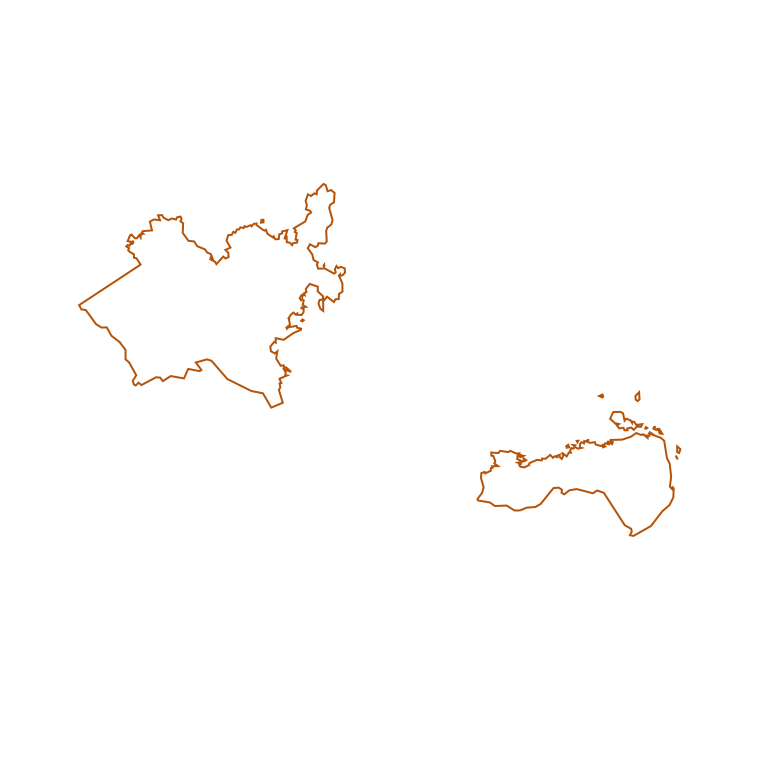 the district of Zamboanga del Sur, Zamboanga del Sur, Philippines, rotated 237°
{"feature_id": "2640588B82692599034098", "entity_name": "Zamboanga del Sur", "entity_type": "district", "adm_level": 2, "iso_a3": "PHL", "parent_name": "Philippines", "parent_adm1": "Zamboanga del Sur", "projection": "orthographic", "projection_center": [122.897, 7.565], "detail": "fine", "context": "isolated", "style": "outline", "palette": "amber", "viewbox_px": 768, "rotation_deg": 237, "n_neighbors": 0, "source": "geoboundaries", "source_scale": "gbopen_adm2", "svg_char_len": 6172}
<svg xmlns="http://www.w3.org/2000/svg" viewBox="0 0 768 768"><g transform="rotate(237 384 384)"><path d="M643.6,264.9L643.0,263.5L641.0,264.0L642.0,261.8L639.4,259.6L642.2,259.8L640.8,256.1L642.0,254.4L647.7,253.5L646.3,253.2L646.9,251.8L643.4,246.8L640.0,250.4L641.0,251.6L638.9,250.6L638.7,249.0L640.4,248.9L638.6,246.1L640.2,244.5L639.7,242.8L636.8,244.2L635.5,242.3L633.6,242.6L629.0,244.9L626.1,243.1L624.3,244.9L616.7,244.9L616.2,171.2L611.3,170.9L608.5,174.2L591.0,175.1L585.2,177.8L582.5,182.3L572.8,181.7L563.2,185.1L553.4,185.8L545.4,180.7L540.9,182.0L526.3,181.0L523.4,174.9L519.6,174.0L518.0,175.0L518.8,178.9L515.2,180.0L513.8,196.5L511.3,199.7L506.9,200.1L506.8,209.5L497.6,219.3L503.3,228.0L495.2,236.4L495.2,238.5L504.5,237.9L501.1,248.9L497.4,252.0L473.5,255.3L450.3,269.0L442.1,277.4L425.6,276.6L423.4,288.9L436.3,292.6L437.6,295.2L441.3,296.7L440.7,298.4L445.3,299.2L444.0,307.2L445.1,305.9L447.1,307.8L450.8,308.1L444.7,312.7L451.3,310.9L451.9,309.1L454.3,310.0L455.6,307.3L464.0,307.4L469.5,312.3L469.0,309.2L473.0,307.0L477.3,309.0L479.1,314.8L477.6,315.7L481.4,318.1L475.7,323.9L476.1,335.7L474.7,343.9L475.5,344.7L478.5,341.8L480.3,342.4L483.7,334.6L483.2,332.7L484.5,332.9L484.9,337.4L490.5,339.7L490.0,340.7L491.1,339.8L492.9,343.8L493.2,347.0L490.5,347.6L490.4,349.5L489.5,348.7L486.8,352.4L487.8,355.4L490.4,357.4L492.6,356.0L493.0,356.3L491.2,360.5L494.6,358.9L497.8,362.2L499.7,361.6L499.4,360.1L501.8,360.0L503.3,362.9L501.6,363.0L503.2,364.9L501.6,365.9L503.7,366.7L503.3,369.0L506.3,370.2L508.4,376.2L501.7,381.5L497.8,378.9L490.5,380.7L488.3,378.2L489.6,375.7L487.0,372.8L481.8,371.6L478.4,372.8L488.7,379.5L486.9,379.5L488.2,383.8L480.0,386.6L481.5,389.5L479.9,392.3L484.1,395.4L484.1,399.5L491.1,403.9L499.5,405.2L499.9,406.8L498.6,406.0L497.8,408.4L498.6,411.9L502.5,414.0L505.8,411.5L506.1,408.7L508.8,408.4L506.9,405.2L504.0,404.4L503.7,402.3L513.2,397.2L516.6,391.6L520.7,392.7L522.0,394.8L526.3,392.5L531.9,394.4L539.4,394.0L541.5,398.0L536.1,401.0L536.1,404.0L537.8,405.6L533.9,411.0L534.7,413.6L543.9,418.9L546.0,421.5L546.5,426.8L549.4,430.1L561.5,433.9L563.7,436.6L563.6,441.0L571.1,446.6L575.4,445.3L576.4,441.7L582.4,443.4L584.7,442.3L582.8,433.2L579.8,430.9L581.8,429.5L581.4,425.3L584.5,423.4L580.2,418.0L576.1,416.8L572.9,413.6L569.6,416.3L567.5,416.3L567.4,412.0L563.2,406.5L563.7,393.2L560.9,393.7L560.1,392.0L558.2,393.0L553.2,388.5L551.8,389.9L550.0,388.1L551.6,384.3L550.5,382.5L553.8,382.0L555.9,379.7L559.8,382.1L559.4,380.8L560.2,380.0L565.6,386.8L567.4,381.7L565.8,380.6L566.6,377.8L562.9,374.6L564.5,371.7L567.9,371.9L567.3,370.7L573.4,368.1L577.6,369.0L577.6,367.4L579.8,366.2L586.7,363.7L588.0,364.5L589.2,362.0L588.4,358.8L589.8,358.7L590.7,354.1L592.3,353.0L591.3,351.2L593.6,348.9L592.6,346.5L593.7,344.8L591.8,341.7L593.7,340.6L592.0,337.5L593.7,334.5L590.0,330.0L582.0,329.5L582.8,324.0L579.0,324.9L575.1,322.9L575.6,319.5L578.4,318.6L575.8,308.7L578.7,308.8L583.1,306.3L583.4,308.1L584.5,307.8L584.3,308.9L583.3,308.4L583.0,308.6L587.2,309.5L590.6,307.3L594.4,307.2L601.3,302.4L607.0,302.4L610.6,298.0L620.4,297.5L628.2,303.1L631.2,301.9L632.7,304.2L635.3,304.5L636.5,301.0L635.2,299.1L638.4,296.2L638.8,292.4L643.3,289.7L646.5,289.8L648.5,286.4L643.3,285.4L647.3,280.7L647.7,276.1L639.2,273.1L643.6,264.9ZM123.2,507.9L120.7,510.6L119.5,530.5L125.7,548.1L127.0,557.6L131.4,565.0L138.8,570.2L140.2,569.8L139.1,568.4L142.2,567.9L149.8,574.3L161.5,580.2L167.9,581.0L183.8,588.1L188.0,586.9L197.7,579.7L196.0,578.3L197.9,576.0L196.5,576.5L195.6,576.1L195.1,575.7L200.7,574.0L201.0,572.1L205.5,568.8L205.3,562.5L207.6,553.5L213.7,543.5L212.6,542.6L210.6,544.2L209.3,542.5L213.7,540.6L213.2,539.2L211.7,540.3L210.9,539.8L213.8,537.1L212.9,534.9L211.1,535.5L211.6,533.2L213.8,534.0L213.7,532.2L218.1,528.5L220.3,529.3L222.3,525.0L227.1,520.9L225.3,519.4L227.6,518.0L227.0,515.9L224.3,513.7L222.9,514.8L224.1,511.4L227.3,509.9L226.6,507.6L228.1,506.3L226.6,503.6L224.6,503.3L225.8,501.7L223.8,497.8L229.6,495.8L226.3,495.4L224.3,492.3L227.1,491.5L228.9,492.9L229.6,489.8L228.4,489.4L230.4,487.7L230.1,485.5L234.0,484.8L233.3,478.8L235.4,475.9L234.0,474.8L237.1,470.8L238.4,462.8L237.0,461.7L237.6,456.3L240.4,453.3L242.4,453.3L242.5,455.1L245.2,453.3L243.3,458.3L248.6,454.8L251.1,457.0L248.3,458.7L247.7,462.0L251.0,458.9L252.1,459.9L253.7,457.0L259.3,453.4L259.1,451.3L264.7,445.0L263.8,442.3L268.1,436.6L265.4,435.1L264.1,436.4L258.7,435.4L257.2,433.3L253.0,434.9L256.2,429.8L254.6,429.5L255.2,427.9L253.1,426.3L253.9,420.1L255.4,420.5L256.3,417.2L252.4,414.2L243.1,411.3L239.3,407.0L236.6,399.7L235.0,399.5L227.0,408.3L221.3,410.5L215.3,420.6L206.8,424.6L203.9,429.2L202.6,436.2L198.4,444.0L198.1,450.2L204.4,469.4L201.9,474.1L198.4,475.6L196.1,473.7L193.3,475.0L193.9,481.5L191.0,488.3L178.6,499.7L178.6,504.8L173.0,509.1L134.4,509.0L128.0,512.4L125.5,511.6L123.2,507.9ZM231.7,554.7L223.3,556.9L224.2,557.6L222.4,559.3L222.1,556.8L218.6,557.1L216.9,561.0L214.2,560.5L212.6,563.0L214.2,563.7L212.8,567.7L209.5,568.5L210.6,572.9L208.1,576.2L209.7,578.8L212.3,573.3L216.0,573.2L217.3,571.7L216.3,570.9L219.3,570.9L222.9,568.4L222.2,565.8L229.2,568.5L231.7,567.3L235.6,561.0L231.7,554.7ZM233.8,586.6L231.6,587.4L231.9,589.9L238.1,593.4L237.0,588.3L233.8,586.6ZM167.1,592.8L165.4,594.0L167.9,597.1L172.0,595.9L167.1,592.8ZM197.8,587.5L195.7,589.1L192.3,588.2L190.7,590.3L196.7,590.3L197.8,587.5ZM586.3,368.8L585.2,371.0L587.4,372.3L588.4,370.6L586.3,368.8ZM232.6,503.0L231.1,502.5L230.0,504.8L232.7,505.4L232.6,503.0ZM256.7,557.9L253.7,559.9L254.1,561.0L256.2,561.5L256.7,557.9ZM245.7,460.5L243.3,459.7L242.9,461.7L245.7,460.5ZM482.2,349.0L481.0,349.5L481.2,351.4L482.5,350.8L482.2,349.0ZM231.3,514.7L229.8,514.5L230.6,516.0L231.3,514.7ZM516.2,397.8L514.5,397.6L516.6,398.8L516.2,397.8ZM165.1,589.6L160.9,589.1L162.2,589.6L165.1,589.6ZM226.1,523.0L225.2,523.6L225.7,524.8L226.1,524.6L226.1,523.0ZM229.8,509.3L228.4,509.7L228.6,510.8L229.8,509.3ZM205.2,580.2L204.4,578.9L204.1,579.1L203.9,580.0L203.7,580.0L203.8,580.8L205.2,580.2ZM198.8,580.7L198.3,579.6L196.8,581.5L198.8,580.7ZM199.7,585.6L198.8,586.2L200.0,586.2L200.2,588.6L200.8,586.9L199.7,585.6Z" fill="none" stroke="#b45309" stroke-width="2"/></g></svg>